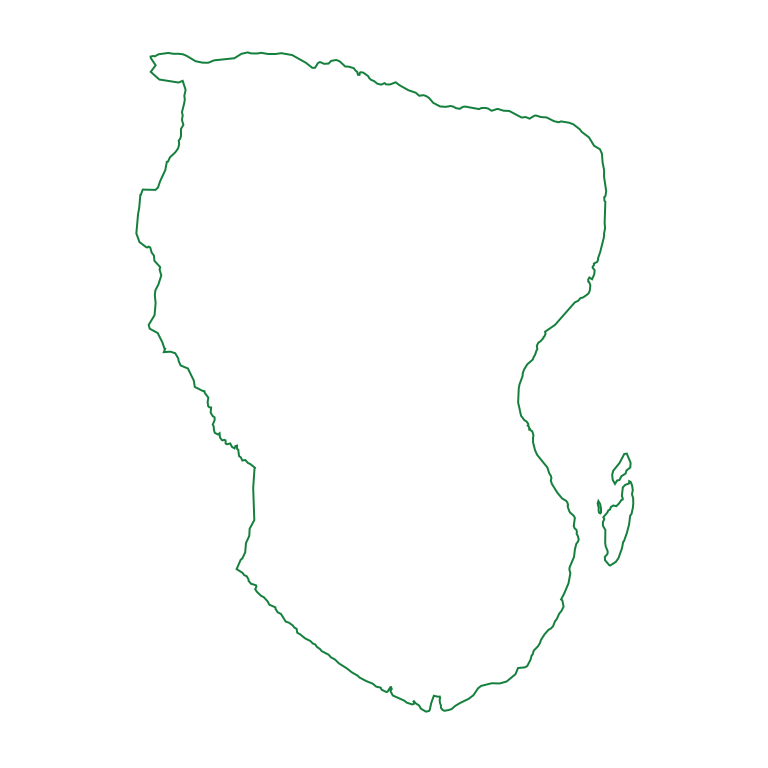 outline of East Malo, Sanma, Vanuatu, rotated 3°
{"feature_id": "77236927B67571127096265", "entity_name": "East Malo", "entity_type": "district", "adm_level": 2, "iso_a3": "VUT", "parent_name": "Vanuatu", "parent_adm1": "Sanma", "projection": "equal_earth", "projection_center": [167.207, -15.69], "detail": "fine", "context": "isolated", "style": "outline", "palette": "green", "viewbox_px": 768, "rotation_deg": 3, "n_neighbors": 0, "source": "geoboundaries", "source_scale": "gbopen_adm2", "svg_char_len": 6101}
<svg xmlns="http://www.w3.org/2000/svg" viewBox="0 0 768 768"><g transform="rotate(3 384 384)"><path d="M246.5,576.6L252.6,580.0L254.3,582.1L257.0,583.2L259.0,586.4L259.1,587.7L261.6,590.4L266.7,591.7L267.2,592.8L266.1,595.7L267.9,598.1L272.4,602.0L275.0,603.1L279.1,607.1L281.0,610.4L287.2,612.7L287.5,614.3L289.7,617.5L293.1,619.0L298.3,626.4L301.5,627.3L305.4,629.8L307.3,632.0L309.5,633.0L310.4,636.9L313.7,638.6L318.4,642.1L323.9,644.5L326.4,646.8L329.1,647.8L330.7,650.0L334.2,652.2L335.7,654.0L343.0,657.3L345.2,659.7L349.2,661.5L353.7,665.4L361.7,669.9L367.1,673.7L373.2,676.8L374.7,678.3L381.8,681.6L388.3,683.8L392.2,686.7L396.6,687.4L397.5,689.3L402.4,691.5L403.6,691.1L406.3,686.4L406.9,686.3L407.7,688.2L406.6,689.8L406.7,690.7L409.1,694.6L420.7,699.1L423.4,701.0L428.8,702.5L430.3,702.1L430.8,700.6L430.1,699.5L430.5,699.2L432.2,701.1L436.0,703.3L437.8,706.3L443.1,709.0L446.0,708.2L446.7,707.2L447.9,700.0L450.1,692.7L454.4,693.5L456.0,693.2L456.5,694.6L456.1,696.5L456.5,699.2L457.7,702.2L457.8,704.4L459.5,706.4L461.5,707.2L465.9,706.1L468.5,705.1L472.0,701.7L477.1,698.3L485.0,694.0L489.6,690.1L493.9,682.9L496.8,680.4L507.2,677.2L515.1,677.0L522.0,674.7L530.5,666.9L532.7,660.6L539.5,659.6L541.8,658.2L544.8,651.5L545.6,647.4L546.6,646.3L547.5,642.4L551.4,638.0L553.3,634.6L554.1,631.5L557.4,625.6L561.2,620.8L563.4,619.5L565.5,617.1L567.2,611.9L568.7,610.0L571.0,604.2L573.1,601.3L575.0,596.9L573.4,590.7L572.1,589.9L574.8,584.1L578.7,573.3L580.0,563.3L578.8,559.4L579.0,557.2L582.8,546.8L583.3,539.1L584.4,533.6L586.1,531.0L586.6,529.1L585.5,525.6L584.2,523.5L584.4,521.5L583.8,519.7L581.9,518.1L580.9,516.0L581.6,507.6L580.2,505.5L576.5,502.6L575.6,501.1L574.0,497.2L573.8,495.8L574.2,495.3L573.3,492.7L572.1,491.2L567.9,489.0L562.8,483.5L556.9,475.0L555.6,471.6L556.1,469.3L555.6,467.3L553.6,464.3L551.5,458.8L540.6,446.7L538.3,442.2L535.9,434.5L535.6,429.7L536.0,427.8L534.9,424.3L533.9,423.0L532.7,422.6L532.3,421.5L531.4,421.8L531.2,419.6L529.7,417.9L530.3,417.4L530.0,416.1L528.3,414.0L526.0,412.7L522.5,408.5L518.9,395.3L518.8,381.2L519.4,377.1L522.0,368.7L522.0,366.0L523.1,362.3L526.1,356.8L531.3,351.8L532.1,349.1L533.3,347.1L534.5,342.6L535.3,341.3L534.6,337.8L536.0,334.6L537.9,333.3L540.9,329.6L540.8,328.9L541.9,327.7L542.7,325.2L542.1,323.4L551.7,316.0L570.2,292.6L573.6,290.7L575.8,287.8L578.0,287.3L581.5,284.7L583.6,282.7L584.6,280.1L584.9,274.5L583.4,271.4L582.6,271.0L582.5,269.0L583.5,266.9L586.3,268.5L588.2,263.5L588.4,259.3L586.3,257.0L586.3,255.8L587.4,254.4L587.3,252.7L590.5,250.9L591.4,248.3L591.1,247.5L593.0,240.9L595.8,226.6L596.1,223.8L595.8,222.9L596.6,216.8L595.9,211.5L595.5,190.5L594.6,189.5L594.1,186.0L595.0,185.3L595.4,183.8L595.8,179.7L592.9,165.6L592.6,158.9L590.7,151.3L589.6,142.7L587.4,138.3L581.3,135.1L575.8,127.0L568.4,122.0L566.3,119.5L559.6,114.8L555.3,113.4L547.0,112.5L544.7,113.5L539.9,112.6L532.4,109.3L526.7,109.2L521.7,107.9L520.0,108.3L515.5,111.4L511.5,110.0L507.5,110.7L494.8,104.8L489.0,104.8L483.1,103.3L477.2,105.5L473.3,103.4L470.6,103.0L466.8,103.3L464.6,104.5L450.5,102.7L448.3,103.1L445.3,105.2L441.5,104.8L438.8,103.4L435.9,102.9L431.1,104.0L425.5,103.9L418.5,100.7L413.9,95.9L411.3,94.4L408.5,93.5L404.1,94.3L400.5,91.5L392.9,89.3L383.8,84.8L379.9,82.1L374.2,84.6L370.4,84.7L368.9,83.5L365.5,85.2L361.5,84.4L358.4,82.1L355.1,80.9L353.2,79.3L352.2,77.5L347.0,74.1L344.2,73.9L343.6,74.4L343.3,76.6L341.7,76.5L341.0,73.8L339.1,72.4L337.2,70.2L332.5,69.0L328.6,68.9L322.7,64.0L319.3,62.9L314.3,64.1L311.9,66.9L307.4,67.4L303.2,65.8L301.3,66.9L298.6,71.8L295.8,72.0L289.2,67.3L275.0,60.3L264.1,59.0L258.5,60.1L250.7,60.5L244.3,59.7L239.8,60.6L233.8,60.8L230.6,60.0L224.4,61.7L217.5,66.5L197.4,69.7L191.6,72.4L186.1,72.6L178.9,71.5L169.9,66.7L166.1,65.3L161.7,65.0L156.6,65.3L151.2,64.7L141.7,66.5L138.0,68.8L136.5,68.5L133.8,69.2L134.0,70.6L139.3,77.7L134.7,84.5L143.7,91.7L163.0,93.7L167.1,91.8L170.5,100.7L169.5,106.7L170.2,110.3L169.8,114.0L168.0,123.1L168.9,126.2L168.4,130.9L170.1,135.7L167.9,139.9L168.3,147.1L167.5,150.0L166.3,151.6L166.9,155.5L166.0,159.6L163.5,163.5L158.4,168.8L156.6,173.3L155.5,173.5L154.4,181.8L149.7,193.5L148.0,199.7L145.6,202.1L132.9,202.5L131.3,207.7L130.8,207.8L130.3,221.1L129.5,227.4L128.8,246.6L132.4,255.1L139.5,259.9L140.7,260.0L141.6,259.1L143.4,259.9L145.1,264.9L147.5,267.8L148.3,273.0L154.4,279.0L153.9,281.4L155.9,287.3L153.5,296.4L150.8,302.4L150.5,307.4L151.7,315.0L151.3,327.2L145.9,337.3L147.2,341.1L155.3,344.9L160.6,354.2L163.1,360.7L163.9,359.4L162.5,363.7L169.0,362.9L173.9,364.2L177.1,369.1L177.8,371.9L179.9,376.1L187.4,378.8L193.9,390.6L195.2,396.8L203.3,400.4L205.0,400.5L205.5,402.3L209.3,406.8L208.8,411.3L209.6,415.4L210.8,416.4L212.6,416.5L212.4,421.7L214.5,424.9L216.4,426.0L216.7,426.9L216.7,429.2L215.1,433.5L216.2,435.5L216.6,439.0L217.6,441.6L220.8,443.1L222.4,441.8L222.9,445.7L224.9,448.4L226.0,448.7L227.4,448.1L228.7,448.6L229.0,451.8L230.4,452.4L233.5,451.4L235.5,454.8L238.1,456.1L238.9,453.7L240.4,453.2L240.7,456.5L241.9,457.3L243.0,463.5L245.0,464.9L246.5,467.8L249.5,467.2L252.3,470.0L254.8,471.0L259.6,474.5L259.1,475.6L258.8,494.7L261.6,526.7L257.4,535.6L257.4,542.8L254.5,550.0L254.2,559.4L251.7,565.5L250.0,567.2L246.5,576.6ZM611.1,507.3L609.8,510.5L610.1,514.2L612.7,518.2L613.2,531.2L613.9,534.6L616.0,539.0L616.2,541.2L615.8,542.4L613.6,545.1L613.9,548.3L618.5,553.2L619.4,553.4L624.7,549.6L627.2,545.8L630.2,535.8L631.1,529.2L631.9,528.3L634.2,520.5L636.1,511.5L636.7,502.6L637.9,501.1L639.0,494.7L639.2,490.1L638.7,484.6L637.4,481.3L638.0,476.8L637.0,472.2L635.4,468.8L634.0,468.2L633.8,470.6L630.2,472.1L627.9,474.7L627.4,483.4L628.4,485.7L628.4,486.9L627.3,487.2L624.8,491.2L622.3,493.9L619.4,493.3L617.1,494.9L616.1,497.7L614.6,498.5L613.8,500.6L610.0,505.6L611.1,507.3ZM619.9,471.7L621.8,468.2L624.2,467.5L625.9,463.7L629.9,460.8L630.7,457.6L634.3,454.5L634.4,449.8L630.1,440.8L627.6,441.3L623.5,450.3L617.5,458.6L616.6,462.5L617.4,467.7L619.9,471.7ZM604.2,489.7L603.6,492.0L605.0,496.9L604.8,498.4L605.4,501.1L606.7,501.9L607.4,501.1L607.3,497.2L606.1,492.5L604.2,489.7Z" fill="none" stroke="#15803d" stroke-width="2"/></g></svg>